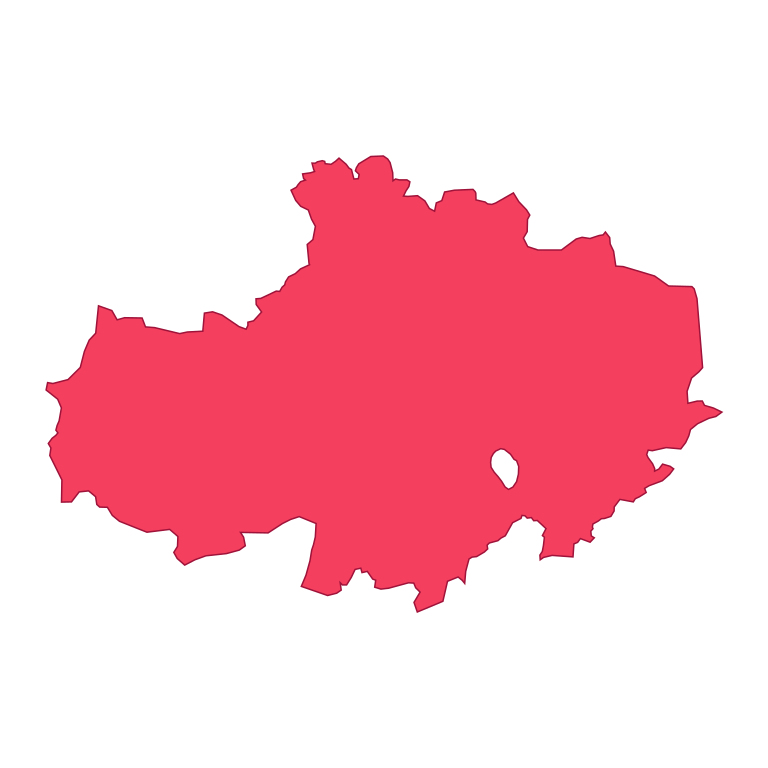 map outline of Aqmola (Albers equal-area conic projection)
{"feature_id": "KAZ-3202", "entity_name": "Aqmola", "entity_type": "Region", "adm_level": 1, "iso_a3": "KAZ", "parent_name": "Kazakhstan", "parent_adm1": "", "projection": "albers", "projection_center": [70.159, 51.837], "detail": "fine", "context": "isolated", "style": "filled", "palette": "rose", "viewbox_px": 768, "rotation_deg": 0, "n_neighbors": 0, "source": "natural_earth", "source_scale": "10m", "svg_char_len": 3812}
<svg xmlns="http://www.w3.org/2000/svg" viewBox="0 0 768 768"><path d="M52.9,383.5L68.0,379.6L80.3,367.4L84.4,351.4L89.2,340.1L95.7,333.2L98.5,305.8L111.9,310.6L117.1,319.8L124.6,317.7L142.1,318.0L145.5,326.9L154.6,327.6L179.7,333.6L187.3,332.0L202.8,331.2L204.4,313.1L212.6,311.8L222.0,315.0L239.0,326.6L246.1,329.2L247.9,325.5L247.9,322.2L253.6,320.8L261.6,312.0L256.2,304.5L256.0,298.8L260.8,298.4L276.2,291.1L279.7,291.4L282.1,287.2L284.7,284.9L285.5,281.8L288.6,276.9L295.2,273.7L300.5,268.9L309.6,264.7L309.0,263.4L307.2,244.5L312.9,239.6L315.4,226.3L311.5,219.1L308.3,210.0L300.7,206.3L295.7,200.4L291.0,190.2L296.4,187.2L298.1,184.6L300.6,181.7L305.4,180.1L303.6,178.6L302.6,173.9L310.5,172.8L314.6,171.5L313.6,169.3L312.0,163.1L315.3,163.2L317.4,161.8L322.3,160.7L324.7,161.4L325.2,163.7L331.1,164.3L335.5,161.3L339.0,158.1L346.2,164.3L348.9,168.0L351.5,169.6L353.9,179.0L358.3,178.7L359.1,174.4L355.4,170.8L356.4,167.7L358.8,163.8L370.8,156.5L383.4,156.0L387.7,159.0L390.1,162.6L392.7,172.7L393.0,180.8L395.5,179.0L399.4,179.9L407.0,179.9L409.9,181.8L408.9,186.5L406.0,190.9L403.5,196.1L407.9,196.4L417.6,195.7L424.9,200.9L429.4,208.5L434.6,211.2L436.3,202.9L441.8,200.6L444.6,192.0L454.4,190.2L473.0,189.4L475.1,191.6L475.8,193.1L476.0,199.9L485.1,202.0L487.6,203.9L491.9,204.4L495.7,203.0L513.4,192.9L518.8,201.7L526.5,209.8L529.8,215.1L527.5,219.4L527.2,231.7L523.4,238.1L527.7,246.6L537.9,250.0L561.4,250.0L576.2,239.0L582.1,237.3L590.0,238.5L599.1,235.5L603.1,234.9L605.4,232.0L609.7,237.6L610.2,244.0L613.6,251.2L615.8,266.1L623.2,266.6L654.6,276.0L668.6,286.0L691.9,286.6L694.2,288.9L697.0,298.6L702.6,367.6L698.9,371.8L691.6,378.0L687.1,391.3L687.9,403.3L697.1,401.1L702.3,401.0L704.5,405.4L713.4,408.0L721.9,412.1L715.9,416.5L708.8,418.3L697.6,423.7L690.5,429.5L688.8,435.8L685.7,442.5L680.8,448.9L666.2,447.6L652.3,450.7L648.2,450.1L646.7,454.5L648.0,457.5L652.6,463.8L654.7,468.6L654.6,471.1L658.8,469.1L662.6,464.1L670.1,466.3L673.7,468.9L669.7,474.2L662.4,480.7L649.1,485.7L644.6,488.4L646.2,492.5L639.4,496.8L635.3,498.7L633.3,501.9L619.9,499.4L614.2,507.0L614.1,511.0L610.9,516.4L604.4,518.5L601.4,518.7L598.2,521.1L592.9,524.0L592.4,527.1L593.0,528.7L590.8,531.2L591.3,535.9L594.3,537.8L590.1,542.2L580.4,538.6L577.6,542.4L573.9,543.9L573.0,556.9L552.1,555.4L543.6,557.4L540.2,559.8L539.9,555.1L542.3,551.5L543.4,545.7L544.4,537.2L542.4,535.6L546.0,528.6L537.3,520.5L533.7,520.7L531.4,517.6L527.2,518.1L525.0,515.8L522.0,515.4L521.0,518.4L512.6,522.7L505.3,535.8L501.1,538.0L497.9,540.7L489.3,543.0L487.1,545.2L487.7,548.9L484.4,552.0L476.6,556.6L472.1,557.1L469.0,559.0L465.7,571.4L464.7,583.4L462.2,580.3L458.1,577.0L447.5,581.3L442.9,601.3L417.3,612.0L414.0,602.4L420.1,592.1L415.7,587.8L413.8,583.1L408.5,582.8L388.7,588.2L380.9,589.1L374.7,587.2L375.7,580.2L372.7,579.1L367.3,571.4L362.0,572.6L360.8,568.2L355.1,569.4L351.3,577.4L346.6,584.9L342.4,584.9L340.2,582.7L341.2,590.1L336.7,593.2L327.6,595.5L301.3,586.4L306.0,575.1L310.0,560.7L311.7,550.1L313.5,544.7L315.3,537.0L316.1,523.5L299.2,516.6L290.7,519.4L282.5,523.5L268.1,532.9L240.5,532.4L243.6,537.2L245.3,545.8L239.3,550.1L226.4,553.6L205.9,555.8L194.9,559.8L184.7,565.1L177.2,558.5L173.8,552.4L177.5,546.4L177.9,536.5L169.7,529.4L146.9,532.2L119.5,521.3L112.3,515.4L107.4,507.3L99.7,507.1L96.8,504.5L95.6,496.7L88.6,490.9L79.2,491.9L71.5,501.9L61.5,502.1L61.9,479.9L49.8,455.5L50.9,448.0L48.3,443.5L52.1,438.3L55.8,435.4L57.9,432.9L55.9,430.2L57.1,425.5L59.1,420.9L61.4,407.9L57.7,399.2L46.1,390.0L47.6,382.6L52.9,383.5ZM508.5,489.4L512.9,487.1L516.6,481.6L518.4,474.2L518.7,466.4L516.6,460.7L514.0,459.3L510.5,454.2L504.4,449.4L500.7,448.7L495.8,451.0L493.4,453.5L491.2,457.5L490.6,462.4L491.1,467.3L494.2,472.2L498.2,476.8L501.7,481.4L505.1,487.0L508.5,489.4Z" fill="#f43f5e" stroke="#9f1239" stroke-width="1.5"/></svg>